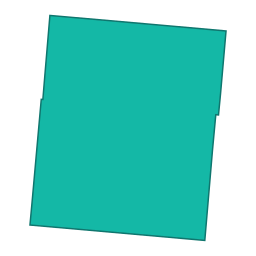 outline of Osage, Kansas, United States of America, rotated 5°
{"feature_id": "52423323B63227150255975", "entity_name": "Osage", "entity_type": "district", "adm_level": 2, "iso_a3": "USA", "parent_name": "United States of America", "parent_adm1": "Kansas", "projection": "robinson", "projection_center": [-95.723, 38.652], "detail": "fine", "context": "isolated", "style": "filled", "palette": "teal", "viewbox_px": 256, "rotation_deg": 5, "n_neighbors": 0, "source": "geoboundaries", "source_scale": "gbopen_adm2", "svg_char_len": 336}
<svg xmlns="http://www.w3.org/2000/svg" viewBox="0 0 256 256"><g transform="rotate(5 128 128)"><path d="M38.8,233.2L214.3,233.3L214.1,141.9L214.3,107.1L217.0,107.1L217.2,86.1L217.2,44.0L217.2,22.8L145.0,22.7L40.4,22.7L40.6,85.9L40.7,107.0L39.1,107.0L38.9,212.1L38.8,233.2Z" fill="#14b8a6" stroke="#0f766e" stroke-width="1.5"/></g></svg>